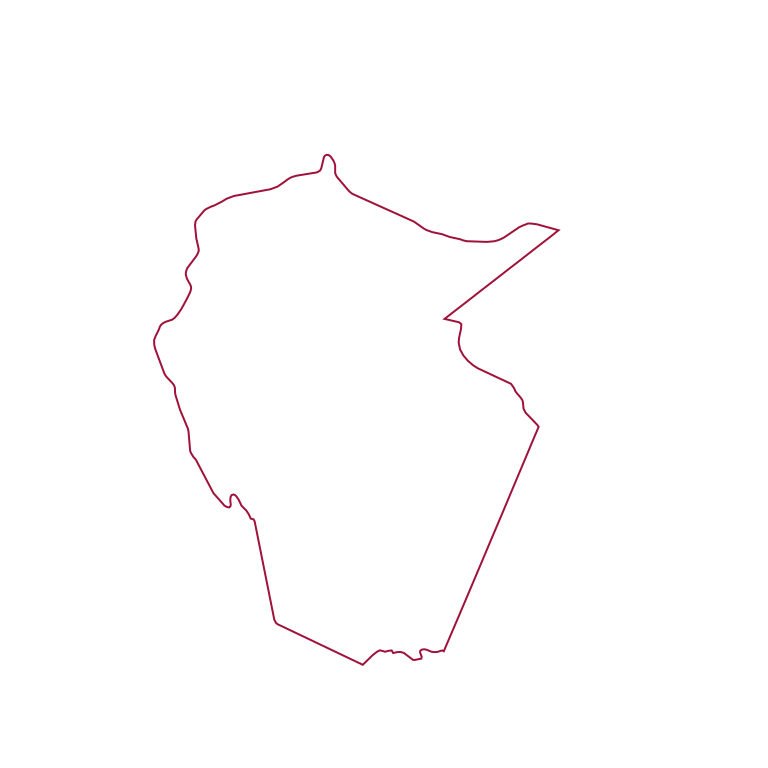 an SVG outline of Madre de Dios, rotated 52°
{"feature_id": "PER-572", "entity_name": "Madre de Dios", "entity_type": "Department", "adm_level": 1, "iso_a3": "PER", "parent_name": "Peru", "parent_adm1": "", "projection": "albers", "projection_center": [-70.763, -11.651], "detail": "fine", "context": "isolated", "style": "outline", "palette": "rose", "viewbox_px": 768, "rotation_deg": 52, "n_neighbors": 0, "source": "natural_earth", "source_scale": "10m", "svg_char_len": 2589}
<svg xmlns="http://www.w3.org/2000/svg" viewBox="0 0 768 768"><g transform="rotate(52 384 384)"><path d="M510.4,288.4L512.9,288.5L513.4,289.3L513.9,290.2L514.4,291.0L514.8,291.9L515.3,292.7L515.8,293.6L516.3,294.4L516.7,295.3L530.6,320.1L544.5,345.0L558.4,369.8L572.2,394.7L586.1,419.6L599.9,444.4L613.7,469.3L627.4,494.2L630.7,500.1L631.4,501.4L630.0,502.0L629.3,503.2L628.4,505.9L627.3,508.0L625.7,510.0L623.8,511.7L619.8,513.9L618.0,515.4L616.7,517.4L616.5,519.6L617.8,520.9L622.1,522.2L623.4,523.7L620.3,529.8L619.2,531.0L608.2,533.9L605.5,535.8L603.4,538.6L601.7,542.4L598.7,542.0L597.1,544.6L595.7,547.9L591.4,551.1L590.7,554.2L590.7,560.1L592.2,573.6L507.9,615.7L505.7,616.2L502.1,615.5L412.6,570.5L410.4,570.1L408.0,571.9L403.6,570.8L399.3,570.4L392.1,571.2L385.9,569.8L381.7,569.5L379.8,569.8L378.4,570.6L377.7,572.5L378.4,574.2L379.8,575.7L381.4,577.0L384.8,579.1L385.9,580.5L385.9,582.1L384.2,583.5L381.6,584.6L364.9,585.6L327.6,578.8L324.0,579.1L319.6,578.6L317.5,578.0L300.9,567.2L298.7,566.1L278.4,560.5L264.3,555.1L261.9,553.8L258.7,551.4L257.2,550.7L255.4,550.2L252.7,550.2L245.8,550.9L243.4,551.0L240.5,550.6L215.5,542.7L212.0,541.1L207.9,538.2L205.7,534.6L202.4,527.7L201.0,525.6L200.1,523.3L200.1,519.8L200.7,517.4L202.9,511.3L203.0,508.2L202.1,503.8L200.1,497.4L195.6,487.0L192.6,480.8L191.5,479.0L189.9,477.1L188.5,476.2L187.2,475.7L185.4,475.3L183.5,475.1L179.5,474.4L175.7,472.8L174.1,471.4L172.7,469.6L171.5,467.4L167.7,453.3L166.5,450.4L165.1,448.1L163.3,446.8L153.6,442.2L142.7,435.3L140.3,432.9L139.8,432.3L139.5,431.6L139.0,430.3L136.6,418.8L136.6,416.8L137.6,411.7L138.8,407.9L140.5,399.3L141.1,394.0L143.4,386.6L160.6,353.6L162.9,346.4L163.4,338.0L163.4,337.9L163.4,334.8L163.8,330.8L164.7,327.9L166.1,324.5L175.9,306.7L176.3,304.5L176.4,302.8L175.3,300.5L168.0,291.3L167.8,289.7L167.9,288.4L169.2,286.9L171.7,286.0L176.6,286.3L179.4,287.0L181.8,288.0L187.3,292.3L188.4,292.9L191.8,293.6L210.5,292.8L213.6,292.2L215.0,291.7L274.5,260.4L286.1,256.9L288.7,255.8L294.0,252.5L301.7,246.0L308.6,241.7L316.9,234.8L319.3,233.4L322.5,230.8L335.4,215.4L339.6,208.9L341.3,204.5L342.4,199.8L343.7,180.9L344.4,177.8L346.2,171.7L348.3,169.1L352.5,165.0L370.3,151.8L370.4,163.1L370.3,180.6L370.3,198.0L370.2,215.4L370.2,232.8L370.1,250.3L370.1,267.7L370.0,285.1L370.0,296.2L381.5,286.9L384.4,286.2L388.0,289.4L394.0,296.6L397.4,299.7L403.6,302.8L410.3,303.9L417.3,303.6L424.0,302.3L429.4,300.4L462.1,283.8L467.7,284.1L470.3,284.9L472.9,285.0L478.3,284.7L481.9,284.9L484.2,285.9L489.3,289.2L493.8,290.1L510.4,288.4Z" fill="none" stroke="#9f1239" stroke-width="2"/></g></svg>